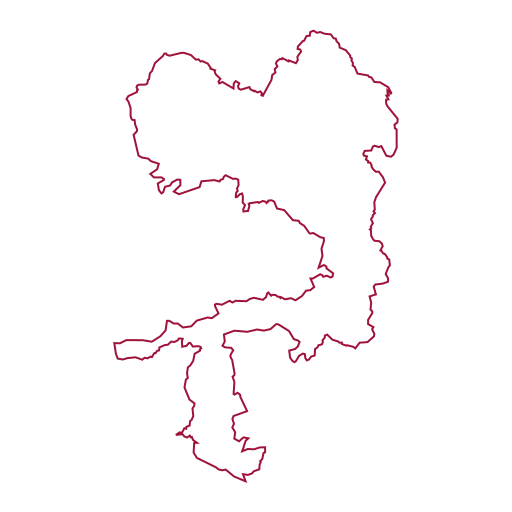 outline of Piaxtla, Puebla, Mexico
{"feature_id": "50627088B9303595421400", "entity_name": "Piaxtla", "entity_type": "district", "adm_level": 2, "iso_a3": "MEX", "parent_name": "Mexico", "parent_adm1": "Puebla", "projection": "orthographic", "projection_center": [-98.274, 18.085], "detail": "fine", "context": "isolated", "style": "outline", "palette": "rose", "viewbox_px": 512, "rotation_deg": 0, "n_neighbors": 0, "source": "geoboundaries", "source_scale": "gbopen_adm2", "svg_char_len": 6015}
<svg xmlns="http://www.w3.org/2000/svg" viewBox="0 0 512 512"><path d="M253.9,471.2L259.3,469.3L259.6,464.8L260.8,461.9L260.2,461.1L262.3,459.0L263.5,453.1L265.1,452.3L265.1,447.3L259.8,447.4L254.0,449.3L247.8,449.0L242.2,451.3L245.7,440.7L248.3,438.3L243.5,437.4L239.0,441.3L234.3,438.6L235.2,432.2L232.3,427.5L234.0,423.8L232.4,418.8L233.6,416.0L247.1,411.1L240.3,396.9L240.2,394.8L237.6,392.8L234.4,394.6L233.6,394.0L234.4,382.1L232.6,376.6L234.2,375.4L234.6,373.6L232.2,360.2L230.4,356.7L230.6,354.8L233.2,350.2L231.1,347.8L225.2,347.4L222.5,345.8L224.8,341.4L223.9,334.5L234.4,330.7L247.3,331.8L257.1,329.5L263.8,330.6L270.5,329.1L276.2,324.1L278.2,324.3L289.0,331.0L293.8,339.1L298.1,340.6L299.6,341.9L297.9,346.4L295.1,349.0L289.2,350.6L290.1,357.6L292.3,360.8L294.4,362.2L295.9,361.2L299.1,355.8L302.9,353.6L304.8,354.1L305.3,358.0L306.9,360.4L309.1,359.4L311.1,356.6L314.7,355.5L315.1,349.0L317.5,347.3L318.4,345.3L321.9,344.4L322.9,342.0L322.5,340.3L324.7,337.7L324.9,335.6L327.2,334.6L332.4,339.7L338.2,341.5L339.4,342.7L341.8,342.6L341.9,344.0L346.3,345.7L347.0,345.2L353.3,346.8L355.3,348.4L359.6,342.7L367.5,342.1L373.9,336.4L374.4,333.9L372.1,329.4L373.4,327.1L368.1,324.1L368.1,319.9L372.2,313.3L372.3,311.4L370.5,309.6L371.2,302.8L369.6,296.4L375.9,294.4L373.7,286.6L375.3,284.5L382.8,283.6L388.0,281.7L388.1,278.4L385.7,274.0L388.5,267.0L389.9,265.4L389.2,259.5L387.2,258.5L387.2,257.2L384.7,253.8L383.1,253.5L381.6,251.0L380.4,250.5L382.7,246.1L381.8,243.4L379.2,241.2L374.3,240.7L372.9,238.9L371.2,235.9L370.9,230.4L369.9,229.4L371.2,228.6L370.8,226.6L372.9,223.1L371.1,219.5L371.4,218.4L372.7,217.0L372.9,215.1L375.0,213.0L373.5,211.4L374.8,209.7L374.3,202.3L376.0,197.2L385.1,182.6L382.9,177.2L378.7,171.6L375.9,171.8L373.4,169.5L371.5,166.8L371.7,165.5L370.2,162.6L368.1,162.5L368.1,161.0L365.9,159.5L367.0,156.4L363.8,155.5L363.3,153.8L364.7,150.9L371.3,150.5L372.9,146.5L374.6,145.7L378.9,147.1L381.3,146.1L386.4,155.8L391.0,156.7L393.4,154.8L394.7,152.2L396.7,147.6L396.6,129.4L394.9,128.2L394.5,124.6L397.4,122.4L397.7,118.9L387.8,106.7L386.3,104.0L386.0,101.1L386.2,99.7L388.4,99.4L386.4,95.6L388.8,95.6L388.9,94.8L387.6,93.6L387.4,90.3L390.9,93.5L391.3,93.0L388.2,87.2L380.0,82.3L374.4,82.0L371.3,77.4L369.1,76.9L368.0,75.4L357.5,73.6L354.7,66.9L352.6,65.5L353.0,63.2L351.4,60.3L351.9,58.6L350.3,57.2L350.1,55.4L345.7,50.1L339.7,47.6L339.1,43.8L336.5,41.2L335.8,38.6L333.6,38.3L330.9,34.4L324.4,33.7L320.2,32.0L317.0,32.8L313.5,30.7L310.2,32.1L309.8,35.7L306.5,36.1L304.1,40.7L302.8,41.1L297.9,46.5L297.6,48.9L300.2,49.5L301.1,51.5L297.4,56.7L297.8,60.1L295.9,63.2L288.9,60.4L288.5,61.4L282.4,58.1L281.8,59.2L279.9,59.0L277.0,61.2L275.9,63.4L277.4,66.5L274.7,69.1L275.4,72.5L272.2,75.1L271.5,79.8L262.8,95.8L261.4,95.2L261.9,93.4L260.3,91.4L257.4,92.4L254.7,90.8L254.0,92.0L254.4,91.4L250.4,89.3L249.4,87.1L240.8,89.7L238.7,88.6L238.0,86.2L239.3,83.3L235.7,81.1L233.8,83.4L233.5,88.5L222.5,82.0L219.2,83.4L218.5,81.5L220.4,78.8L215.7,74.3L214.6,71.2L215.1,70.3L210.5,68.7L210.8,68.1L207.8,63.6L202.3,61.1L200.5,61.5L198.7,59.4L195.8,59.6L191.0,55.1L184.2,52.9L181.2,52.9L169.7,55.7L167.0,54.9L166.1,53.5L164.2,53.7L162.9,56.0L155.0,63.0L152.0,71.0L149.8,73.4L149.1,79.0L148.0,79.9L147.2,83.7L145.4,84.6L139.1,84.7L137.2,85.5L136.5,87.3L137.9,89.7L136.9,90.3L136.9,92.1L128.3,96.1L126.5,99.0L128.5,101.7L130.6,108.1L130.6,116.1L131.4,118.7L132.5,119.9L134.6,120.1L135.2,124.7L137.1,129.4L136.8,131.4L133.6,134.8L138.5,155.6L141.8,157.5L148.2,158.6L150.8,161.1L158.8,163.8L157.1,169.3L150.3,173.9L153.9,177.4L161.6,177.4L164.0,179.1L163.8,180.0L157.8,183.5L158.9,190.1L161.4,193.4L163.2,192.2L165.0,186.8L170.1,185.5L172.2,182.3L177.4,179.5L180.3,179.8L180.4,185.2L173.8,191.6L179.0,194.2L199.6,187.1L201.4,181.3L214.3,180.1L219.6,181.5L220.5,179.9L223.1,178.9L223.7,176.9L225.6,175.2L233.0,178.9L235.6,178.6L238.2,179.6L238.6,184.9L237.0,188.7L237.7,191.0L236.2,192.5L235.7,196.3L235.9,197.2L237.0,197.0L240.0,194.1L242.1,193.5L242.9,196.7L242.7,202.5L245.0,205.1L243.2,209.4L243.5,211.5L248.1,210.9L249.4,205.7L248.7,203.8L249.5,203.3L257.9,202.0L258.7,202.9L262.7,201.0L265.9,201.8L266.5,203.0L268.0,201.9L268.3,200.6L271.6,200.3L274.2,201.6L277.0,208.5L284.2,210.1L292.9,220.2L298.7,220.8L300.0,223.2L304.2,225.8L309.1,232.8L310.2,233.6L313.3,233.0L320.3,237.2L323.8,238.0L323.9,241.4L321.5,248.7L322.5,255.9L318.6,267.7L323.6,265.1L325.1,265.6L326.5,266.8L326.5,268.4L333.1,273.3L332.5,276.6L330.6,277.5L326.8,275.7L323.2,276.8L322.3,275.2L320.1,274.3L312.9,278.5L310.5,278.5L314.2,287.0L310.2,290.2L306.1,290.6L302.0,296.0L295.5,300.3L291.0,298.2L285.0,299.3L281.1,297.2L280.4,297.9L280.0,296.9L277.8,296.7L275.5,295.0L272.2,294.8L271.1,295.7L268.3,292.5L267.2,293.3L266.1,297.0L263.0,299.8L253.9,297.8L249.7,299.0L246.5,301.2L235.6,300.8L232.4,302.5L229.6,300.8L221.9,304.7L216.5,303.8L214.9,304.6L215.1,306.3L218.5,313.4L211.8,318.2L207.7,317.5L196.8,320.6L191.3,326.3L183.0,327.5L177.7,323.5L173.7,323.5L169.2,320.8L167.0,320.8L165.6,330.4L160.3,336.3L151.8,341.7L142.7,340.2L126.3,340.1L120.0,343.3L114.3,343.1L115.9,353.6L117.7,358.6L122.8,359.5L127.5,358.1L135.5,357.3L142.3,359.7L144.5,357.8L147.7,358.3L150.4,356.6L151.9,357.1L154.2,353.2L155.5,353.2L157.1,350.8L159.1,350.4L159.4,347.4L164.7,345.1L167.9,344.7L171.1,341.6L174.3,342.0L177.6,340.4L179.1,338.4L182.7,338.8L181.9,341.3L182.2,346.7L186.4,345.9L189.0,342.9L190.4,343.1L192.8,346.5L198.4,346.2L200.6,346.9L201.2,348.4L199.9,349.3L200.0,350.7L194.6,353.8L193.2,360.9L190.2,365.5L187.9,367.3L187.0,373.3L187.8,377.9L185.9,379.6L184.5,387.5L189.5,399.6L194.5,403.4L194.2,405.8L192.5,408.5L193.3,416.0L191.6,419.9L190.1,421.1L189.6,425.6L186.4,426.8L186.2,428.7L184.4,428.2L181.8,432.9L179.7,432.3L175.9,434.9L182.5,434.2L184.4,436.5L187.0,437.5L189.8,435.6L190.7,437.3L191.8,436.9L193.1,440.0L197.0,442.8L194.2,443.0L193.6,452.5L196.9,457.9L216.3,467.5L218.2,469.2L221.9,470.3L225.7,469.6L234.1,476.5L245.6,481.3L243.0,474.2L247.9,474.9L251.7,473.6L253.9,471.2Z" fill="none" stroke="#9f1239" stroke-width="2"/></svg>